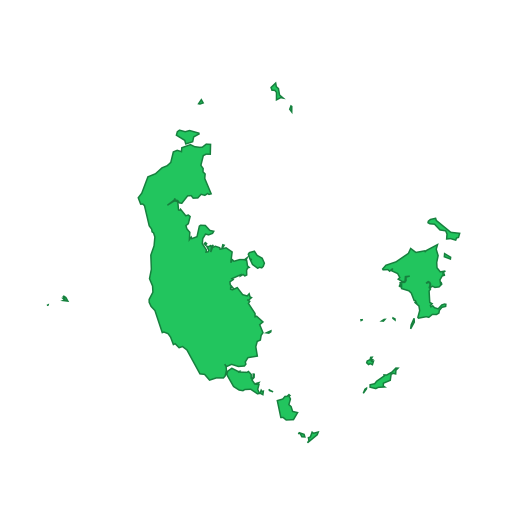 Mornington, Queensland, Australia (Mercator projection), rotated 281°
{"feature_id": "25037944B95382354250521", "entity_name": "Mornington", "entity_type": "district", "adm_level": 2, "iso_a3": "AUS", "parent_name": "Australia", "parent_adm1": "Queensland", "projection": "mercator", "projection_center": [139.442, -16.684], "detail": "fine", "context": "isolated", "style": "filled", "palette": "green", "viewbox_px": 512, "rotation_deg": 281, "n_neighbors": 0, "source": "geoboundaries", "source_scale": "gbopen_adm2", "svg_char_len": 6169}
<svg xmlns="http://www.w3.org/2000/svg" viewBox="0 0 512 512"><g transform="rotate(281 256 256)"><path d="M143.9,245.9L141.8,248.1L145.0,252.7L144.2,259.8L145.8,265.6L147.9,266.7L149.9,265.7L154.7,267.5L158.0,276.4L166.9,273.1L172.4,273.5L174.3,276.3L179.2,276.2L182.0,277.5L189.3,272.7L192.6,275.4L197.0,268.1L196.2,266.7L199.4,266.0L208.0,257.6L210.3,258.5L211.4,255.7L211.2,257.1L214.3,259.5L214.7,257.9L217.6,256.5L215.1,255.0L215.5,250.3L221.4,243.6L218.3,239.4L218.5,237.4L220.4,237.1L220.2,239.6L222.9,236.2L225.6,235.3L228.5,238.1L229.2,236.7L234.7,244.6L233.4,244.5L235.4,246.9L234.3,248.8L235.6,250.5L240.2,249.5L242.6,250.0L243.5,251.5L244.7,249.5L249.6,247.8L250.2,245.2L249.4,240.8L246.6,235.3L247.8,233.6L244.6,232.5L255.4,231.8L258.3,225.1L255.8,219.4L257.2,218.8L257.8,214.2L256.0,211.7L251.2,210.8L255.0,210.6L258.6,212.0L256.7,209.9L257.5,209.4L255.9,207.3L256.2,205.8L252.5,208.7L250.9,208.1L250.3,206.2L252.4,206.2L257.8,201.0L262.9,200.4L267.9,202.3L267.7,205.4L269.9,209.0L272.2,209.8L272.3,205.8L276.3,200.4L275.6,195.7L274.5,194.7L263.7,194.4L260.8,189.7L262.2,188.8L259.4,187.5L266.6,186.5L269.4,183.0L272.5,181.4L274.8,183.4L282.2,183.8L283.3,181.7L282.1,179.4L287.5,173.0L286.4,172.7L286.4,171.2L293.8,169.0L294.7,167.8L294.3,165.1L288.9,159.3L295.4,165.1L297.1,165.3L295.6,165.9L295.5,168.5L293.5,170.8L293.6,173.1L302.0,177.4L302.9,180.9L300.8,183.3L301.9,187.8L306.1,190.3L305.8,194.2L308.1,196.6L307.5,198.1L308.5,200.1L322.3,190.9L326.8,190.4L328.5,187.9L331.8,187.4L334.5,184.6L344.5,185.1L346.5,187.7L347.2,191.7L356.9,190.1L356.3,185.8L352.5,182.5L351.9,180.0L351.6,174.8L352.8,170.4L348.1,162.5L344.2,162.9L344.7,158.5L342.4,155.0L331.6,154.5L327.6,151.5L324.6,146.9L317.6,141.7L313.1,134.8L295.9,131.9L290.7,129.3L284.9,132.9L285.4,134.9L284.2,136.9L265.3,145.4L262.4,148.5L259.9,149.4L259.2,151.0L255.4,153.1L246.5,154.0L236.8,152.6L223.0,155.8L213.4,155.8L206.8,160.2L200.8,161.7L193.0,159.4L190.1,160.0L186.5,162.6L183.2,167.2L162.9,178.6L163.8,180.1L163.0,184.5L160.1,187.6L153.3,191.8L154.5,193.4L151.3,198.0L153.1,201.1L150.6,206.1L129.6,223.5L130.0,228.1L125.3,234.1L128.8,240.4L130.1,247.3L132.3,248.6L137.9,248.8L141.7,247.8L143.9,245.9ZM263.3,442.7L267.7,441.1L272.0,442.6L273.0,444.6L274.8,444.0L273.2,444.1L273.2,443.2L275.1,442.7L277.4,444.7L275.6,439.9L279.0,435.9L284.2,434.6L291.1,434.7L297.0,431.6L301.8,432.0L293.1,421.2L292.1,421.7L293.2,420.5L290.0,412.3L292.9,406.4L287.6,405.1L277.0,394.6L271.7,385.3L267.4,382.8L266.7,383.4L267.8,388.1L266.6,390.1L269.8,392.6L267.4,392.0L265.8,398.4L262.3,401.3L260.4,400.0L258.8,404.7L259.5,407.1L264.3,406.6L265.6,410.8L263.9,407.2L260.5,408.0L258.5,407.0L257.2,401.9L257.2,403.2L253.8,402.5L253.4,403.4L256.7,404.2L251.8,405.1L251.0,412.7L249.2,415.5L242.5,419.7L242.6,421.0L240.5,422.5L241.0,420.4L238.0,425.5L233.6,427.1L226.6,426.6L226.0,427.4L228.9,434.7L228.8,437.3L232.3,440.2L233.0,444.3L234.9,446.4L237.7,446.4L241.1,448.3L242.7,451.8L244.8,451.6L244.8,450.2L243.4,447.7L238.9,444.9L239.3,441.1L240.8,439.0L239.5,437.4L240.7,436.6L242.8,438.0L243.6,435.4L254.6,432.6L256.9,433.6L257.9,432.1L261.3,432.3L263.2,431.1L261.7,428.1L263.8,429.9L263.3,431.6L261.8,432.7L258.3,433.1L260.0,435.1L259.3,437.6L260.6,441.6L263.8,443.7L264.7,443.2L263.3,442.7ZM138.8,261.6L139.7,262.0L139.2,260.6L141.2,253.7L137.5,250.2L134.1,249.9L123.6,258.9L121.2,265.0L121.3,268.9L122.8,270.5L124.2,276.2L121.0,283.8L121.7,285.6L125.4,283.1L130.4,283.4L130.0,279.4L133.6,275.6L136.4,277.3L139.6,276.8L139.6,275.8L135.7,276.3L135.2,274.6L138.8,273.9L141.2,270.6L140.1,269.5L138.8,261.6ZM120.7,309.6L118.1,304.5L102.2,311.2L102.7,313.4L100.8,316.9L102.5,324.0L110.2,326.7L110.4,321.6L114.8,319.2L116.4,316.6L122.2,317.1L124.8,315.0L125.5,315.9L126.2,314.8L124.1,313.3L123.7,311.3L120.7,309.6ZM361.0,172.1L364.9,176.8L365.7,176.5L366.5,166.9L364.5,162.8L364.9,156.9L363.0,155.1L359.4,154.8L355.9,164.0L352.6,165.7L356.1,172.0L361.0,172.1ZM312.9,451.2L317.1,451.6L316.4,442.7L325.3,426.2L327.3,425.1L325.1,420.2L323.0,418.5L321.5,418.5L320.8,420.5L321.3,425.2L316.7,431.6L316.9,437.4L314.0,439.3L309.1,439.9L310.2,443.7L309.7,449.0L311.9,449.4L312.9,451.2ZM162.7,404.7L156.1,398.3L153.3,396.9L151.4,392.6L149.0,393.0L148.7,398.9L150.4,401.1L152.0,407.3L152.6,405.8L155.4,405.3L159.6,411.5L165.7,411.2L167.0,413.2L166.9,415.6L170.5,415.1L173.0,416.8L172.7,414.7L168.0,411.6L164.1,407.0L163.7,404.3L162.7,404.7ZM251.5,250.9L247.0,254.2L244.3,260.0L245.6,261.6L245.5,263.9L247.3,265.1L250.5,265.6L255.0,262.5L256.8,257.0L260.4,253.5L258.1,248.9L256.3,248.1L252.1,250.5L251.6,252.7L251.5,250.9ZM422.2,242.9L420.5,244.9L413.2,246.3L416.2,250.1L416.2,252.5L418.5,248.4L424.6,246.1L426.1,243.6L429.5,242.3L424.3,238.6L421.8,240.0L422.2,242.9ZM88.8,343.9L87.6,342.1L85.0,343.2L82.5,342.2L92.2,350.2L95.1,350.7L93.0,346.3L93.8,344.7L88.8,343.9ZM171.5,391.0L175.3,391.4L174.6,389.5L175.5,388.9L176.5,390.1L176.8,388.5L178.8,389.3L178.4,387.9L176.1,387.8L174.1,385.2L172.3,385.0L170.9,387.2L172.1,388.6L171.5,391.0ZM90.1,337.2L90.8,332.2L89.5,331.5L90.5,332.9L87.3,335.5L87.7,338.5L90.1,337.2ZM290.1,447.4L291.9,447.3L294.3,440.7L291.2,441.0L290.1,447.4ZM225.0,423.1L218.1,421.5L214.0,421.7L221.3,424.0L225.0,423.1ZM125.3,286.7L122.1,286.2L121.2,289.2L124.7,289.0L124.1,288.0L125.3,286.7ZM178.7,77.0L177.7,74.5L176.5,76.7L175.5,75.2L175.8,79.9L179.0,77.2L179.9,75.0L178.9,74.2L179.6,75.2L178.7,77.0ZM404.2,263.6L409.6,262.6L410.0,261.7L406.5,261.1L404.2,263.6ZM396.2,174.9L399.0,172.5L394.5,170.6L394.5,172.0L396.2,174.9ZM182.7,283.3L184.4,285.0L185.4,284.9L182.6,280.9L182.7,283.3ZM141.7,387.5L146.7,389.8L147.3,389.7L146.0,388.4L141.7,387.5ZM258.2,203.0L257.1,204.4L258.7,205.2L259.5,203.7L258.2,203.0ZM216.2,391.8L216.4,393.5L218.4,394.7L218.2,393.9L216.2,391.8ZM260.7,221.3L257.6,221.1L257.3,221.4L260.5,222.7L260.7,221.3ZM250.6,247.2L252.6,247.6L251.0,246.2L250.6,247.2ZM130.6,279.8L131.8,282.9L132.3,283.1L130.6,279.8ZM125.9,298.7L126.9,295.1L127.6,294.1L126.5,294.9L125.9,298.7ZM212.7,371.5L213.9,373.0L213.4,371.2L212.7,371.5ZM219.7,404.7L220.7,404.5L221.4,402.3L220.9,402.3L219.7,404.7ZM168.4,61.3L167.6,60.2L168.2,61.3L168.4,61.3Z" fill="#22c55e" stroke="#15803d" stroke-width="1.5"/></g></svg>